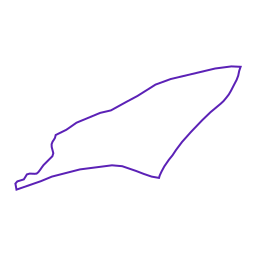 the district of San Martín Zapotitlán, Retalhuleu, Guatemala
{"feature_id": "79465075B10941026506975", "entity_name": "San Martín Zapotitlán", "entity_type": "district", "adm_level": 2, "iso_a3": "GTM", "parent_name": "Guatemala", "parent_adm1": "Retalhuleu", "projection": "albers", "projection_center": [-91.598, 14.614], "detail": "fine", "context": "isolated", "style": "outline", "palette": "violet", "viewbox_px": 256, "rotation_deg": 0, "n_neighbors": 0, "source": "geoboundaries", "source_scale": "gbopen_adm2", "svg_char_len": 843}
<svg xmlns="http://www.w3.org/2000/svg" viewBox="0 0 256 256"><path d="M240.6,66.8L231.4,66.4L215.2,68.5L170.8,79.0L155.5,84.6L137.4,96.0L126.5,101.8L110.9,110.4L100.1,112.9L76.5,122.7L66.3,129.8L55.7,135.0L55.0,137.8L53.9,139.7L52.6,141.6L51.6,144.2L51.7,147.0L53.3,153.2L52.4,156.2L43.5,165.1L41.6,167.7L40.3,169.6L38.3,172.2L36.6,173.6L34.6,173.8L29.7,173.6L26.9,174.4L25.2,177.2L23.8,179.4L17.3,181.4L15.4,183.6L16.5,189.6L40.8,181.2L51.9,176.6L80.0,169.4L112.0,165.3L122.2,166.2L136.2,171.0L143.7,173.9L151.6,176.6L156.7,177.5L159.0,177.9L159.7,175.5L161.5,171.6L164.3,166.4L169.0,159.6L172.5,155.3L176.0,150.0L182.0,142.0L191.0,131.9L202.3,120.1L210.6,112.1L217.1,106.7L220.7,103.7L223.5,101.1L226.4,97.6L228.8,94.5L230.9,90.9L234.5,83.9L236.6,79.9L238.2,75.7L239.2,70.9L240.6,66.8Z" fill="none" stroke="#5b21b6" stroke-width="2"/></svg>